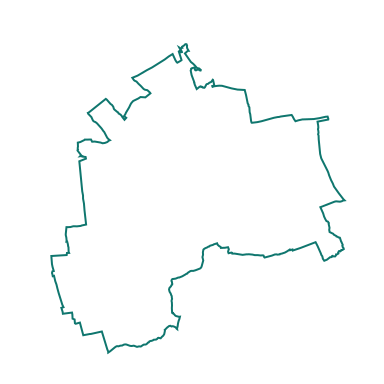 Vinderei, Vaslui, Romania, rotated 172°
{"feature_id": "2599482B12696403630714", "entity_name": "Vinderei", "entity_type": "district", "adm_level": 2, "iso_a3": "ROU", "parent_name": "Romania", "parent_adm1": "Vaslui", "projection": "robinson", "projection_center": [27.79, 46.151], "detail": "fine", "context": "isolated", "style": "outline", "palette": "teal", "viewbox_px": 384, "rotation_deg": 172, "n_neighbors": 0, "source": "geoboundaries", "source_scale": "gbopen_adm2", "svg_char_len": 5970}
<svg xmlns="http://www.w3.org/2000/svg" viewBox="0 0 384 384"><g transform="rotate(172 192 192)"><path d="M322.9,161.6L323.3,160.3L322.5,160.3L322.2,157.6L322.2,155.3L322.0,154.5L322.5,150.0L322.2,148.8L324.3,149.0L324.9,147.0L340.2,148.2L340.7,140.0L340.5,137.1L339.9,133.0L341.2,132.9L341.8,131.7L341.9,130.9L341.7,130.0L341.6,128.0L340.3,128.2L339.8,122.6L339.1,119.3L338.7,115.2L338.1,110.5L336.1,98.4L335.3,95.8L337.5,95.5L336.8,91.4L336.8,89.4L327.6,89.3L327.5,87.4L327.9,83.2L326.0,82.1L326.2,78.3L325.5,77.7L321.2,78.3L319.6,65.3L312.9,65.6L311.9,65.5L300.7,66.4L297.8,48.0L297.2,45.7L297.3,44.7L295.2,45.7L289.8,49.0L288.8,49.5L287.7,49.8L286.2,49.4L284.5,49.8L282.4,49.7L280.9,50.3L279.4,50.4L278.2,50.1L274.8,48.3L273.4,47.9L271.0,47.9L268.0,46.3L265.9,46.5L264.2,46.1L262.0,47.2L260.9,47.6L259.2,47.4L258.4,47.6L257.1,48.4L256.8,48.9L255.6,49.2L255.1,49.9L253.8,50.3L252.8,50.2L251.2,50.6L250.6,51.0L248.0,50.9L246.9,51.4L246.2,52.1L245.6,52.3L243.4,51.5L241.8,52.9L240.5,53.7L239.3,55.1L238.1,58.4L238.2,59.2L238.0,59.3L235.4,61.3L233.2,62.5L231.9,62.5L231.1,61.7L229.8,61.8L228.6,61.3L227.0,60.2L226.2,58.7L225.8,58.3L225.8,59.0L225.0,60.8L224.1,63.9L223.0,66.6L222.3,67.7L221.3,70.2L222.2,70.2L225.1,71.4L226.0,72.2L226.7,73.5L227.9,74.5L227.7,75.0L228.5,75.3L228.1,79.9L227.6,82.4L227.3,85.4L227.4,86.7L227.2,87.7L226.6,88.9L226.7,90.2L226.6,90.8L226.6,92.0L227.0,92.9L227.0,93.4L227.3,94.6L228.1,96.4L228.3,98.6L227.8,99.9L227.5,100.3L226.0,101.5L225.2,102.7L224.5,103.1L224.3,103.9L224.5,104.6L224.3,105.6L224.7,106.6L224.6,107.4L223.6,108.5L220.2,108.5L217.6,109.2L216.5,109.1L213.3,109.9L210.1,111.2L209.3,111.6L208.0,111.9L207.6,112.5L204.6,113.9L203.6,114.0L201.8,113.7L199.5,114.0L194.7,115.1L193.5,115.9L192.9,116.8L190.4,122.6L190.7,126.1L189.8,128.3L189.6,130.8L188.7,133.4L188.0,133.9L186.7,134.5L184.7,135.0L183.2,135.7L182.6,135.6L181.6,136.3L178.6,136.7L177.8,137.1L174.3,137.7L174.0,136.3L172.8,134.8L171.3,133.6L171.2,132.6L167.1,132.2L164.0,132.3L163.5,130.2L164.1,129.1L164.6,127.7L164.3,126.3L161.3,126.5L160.8,126.2L160.7,125.4L158.1,125.0L150.6,122.7L147.0,122.7L144.2,122.4L140.8,121.6L138.5,120.7L135.5,120.3L132.9,119.6L130.6,119.4L130.0,119.1L129.5,117.3L129.2,117.0L121.7,117.9L118.7,118.6L117.1,118.5L116.2,118.1L113.8,118.0L113.5,118.4L111.6,118.5L108.4,119.1L106.1,120.0L103.2,121.4L103.0,120.7L100.5,121.1L100.4,120.0L92.3,121.5L76.6,125.1L75.2,121.1L72.9,113.0L72.7,111.7L71.9,110.2L71.7,107.7L70.6,105.5L67.8,106.2L64.3,108.2L63.3,108.1L62.6,108.2L62.3,108.5L62.3,109.0L62.1,109.1L61.6,109.2L61.3,108.7L60.7,108.5L59.2,108.3L58.2,109.3L58.0,110.1L57.3,110.0L55.6,110.7L55.4,111.1L55.7,111.7L54.7,113.0L54.1,113.0L53.3,112.6L52.6,113.1L52.2,113.8L51.2,113.6L49.6,114.4L49.9,115.8L50.3,116.1L50.4,116.6L50.6,117.8L50.4,117.9L50.1,118.7L50.8,121.0L50.8,121.4L51.2,122.1L51.9,126.1L52.1,126.3L53.1,126.5L54.2,127.5L55.1,127.8L55.3,128.4L57.5,130.0L57.9,130.9L61.3,133.2L61.4,135.4L60.8,137.4L61.1,141.2L61.1,141.9L60.8,142.2L61.5,143.7L62.9,144.5L63.7,146.4L64.6,149.3L65.1,152.6L67.0,159.1L52.1,162.6L50.6,162.7L46.8,161.8L44.9,162.0L43.7,162.5L42.1,162.5L43.1,163.8L46.8,170.3L50.6,177.6L51.4,180.9L52.6,184.3L53.9,189.5L54.3,192.1L54.8,194.0L59.3,207.3L59.8,211.8L59.2,226.5L58.8,230.2L59.1,231.7L58.5,232.9L58.4,234.9L58.5,236.8L58.0,237.8L57.8,240.0L57.9,244.2L47.0,244.8L46.8,245.4L47.2,247.8L49.2,247.9L55.6,247.4L61.3,247.3L72.6,248.5L76.4,248.2L79.7,247.7L80.9,250.1L81.7,252.5L82.6,254.4L93.6,254.4L95.4,254.2L96.7,254.3L100.5,254.1L113.4,252.4L117.6,252.1L123.1,252.2L123.4,252.5L123.6,254.3L123.5,261.0L123.8,263.0L123.4,267.9L124.1,269.4L123.9,270.6L124.5,271.9L125.0,280.4L125.6,285.7L132.7,287.1L138.4,289.1L147.5,293.0L150.3,293.5L152.7,293.6L155.4,293.6L157.0,293.3L157.2,294.1L155.1,294.5L155.5,299.4L155.6,300.1L155.8,300.3L157.7,298.3L159.6,297.8L161.0,296.9L162.2,296.8L162.8,296.5L164.6,294.0L165.2,293.5L166.6,293.8L166.9,294.5L167.3,294.7L168.2,294.6L168.6,295.4L169.1,295.4L169.9,295.1L173.0,293.3L174.3,297.8L174.6,299.8L174.4,299.8L174.4,300.0L176.1,307.8L176.4,312.5L175.7,313.6L175.7,314.2L175.2,314.5L172.9,314.9L172.2,314.7L171.9,313.0L172.1,312.8L171.7,312.1L171.2,311.9L170.3,312.1L168.8,312.9L168.4,312.8L167.9,311.7L167.3,311.3L166.6,311.1L166.3,311.6L167.7,313.3L169.8,314.1L171.6,316.9L173.0,318.8L175.0,320.9L179.7,330.2L176.5,332.4L175.7,332.3L176.7,334.8L176.8,336.0L176.7,337.1L176.5,337.5L176.8,339.0L177.4,339.3L178.2,339.2L179.3,338.3L181.7,337.2L181.8,337.0L181.5,336.1L182.3,336.0L183.1,335.4L183.3,335.3L183.9,336.3L184.5,336.8L183.9,335.1L183.0,333.9L183.0,333.3L182.6,332.7L182.5,332.0L183.6,331.9L184.3,332.1L184.8,333.4L185.5,333.0L184.0,324.1L185.0,323.5L188.5,322.1L189.0,322.5L190.0,324.6L192.0,331.3L196.1,329.5L200.6,327.0L214.2,320.9L219.8,318.9L229.7,314.8L235.2,313.4L233.9,310.8L233.2,310.1L231.6,309.1L230.0,306.7L227.9,304.1L225.6,300.8L224.5,299.9L222.0,299.0L219.8,296.3L219.4,295.5L225.0,292.2L229.8,293.2L232.1,292.1L237.6,290.3L239.6,288.6L240.6,287.4L242.5,284.5L246.3,279.8L247.3,278.2L248.7,276.6L246.8,274.6L248.8,272.9L250.5,275.8L251.0,277.1L252.0,278.6L253.8,280.0L253.9,280.7L254.1,281.1L254.6,281.4L257.4,284.5L257.8,285.3L258.1,287.4L259.1,289.3L260.4,290.5L263.6,295.4L264.4,296.2L281.6,286.0L283.6,284.9L284.1,284.8L283.9,283.9L281.2,280.2L280.3,277.1L279.8,276.0L278.9,275.2L277.9,274.7L276.5,273.2L272.7,267.5L271.3,264.7L270.6,263.7L268.4,257.5L267.2,255.8L266.1,254.7L267.3,254.4L268.7,253.4L269.2,253.2L271.5,252.7L273.7,252.7L275.7,253.7L281.3,255.5L283.9,255.7L284.7,258.0L290.8,258.8L290.9,258.6L295.7,257.0L298.2,256.8L298.6,252.8L298.9,252.0L299.2,250.4L299.0,249.9L299.5,249.4L299.6,249.0L296.7,243.9L297.8,243.0L296.1,243.0L295.5,242.8L295.6,242.3L292.5,241.5L292.4,239.8L299.3,238.1L300.6,207.9L300.4,203.7L300.8,200.6L300.6,195.6L301.0,188.8L301.4,174.5L305.8,174.2L306.9,173.9L310.6,174.0L314.3,174.6L317.5,174.2L321.2,174.7L322.9,167.8L323.0,166.8L322.8,164.5L322.9,161.6Z" fill="none" stroke="#0f766e" stroke-width="2"/></g></svg>